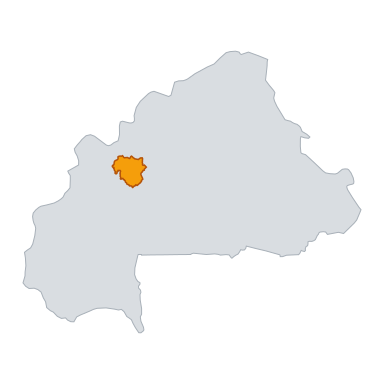 Nayala, Nayala, Burkina Faso shown in context
{"feature_id": "67063806B13297228427715", "entity_name": "Nayala", "entity_type": "district", "adm_level": 2, "iso_a3": "BFA", "parent_name": "Burkina Faso", "parent_adm1": "Nayala", "projection": "natural_earth1", "projection_center": [-3.089, 12.661], "detail": "fine", "context": "in_parent", "style": "filled", "palette": "amber", "viewbox_px": 384, "rotation_deg": 0, "n_neighbors": 0, "source": "geoboundaries", "source_scale": "gbopen_adm2", "svg_char_len": 7454}
<svg xmlns="http://www.w3.org/2000/svg" viewBox="0 0 384 384"><path d="M297.6,254.7L286.6,255.2L282.6,256.6L280.2,256.6L280.1,255.5L279.8,254.8L265.9,250.9L256.2,248.6L246.3,246.1L245.7,248.5L244.3,250.0L242.2,250.1L240.7,249.7L239.7,251.6L238.1,254.0L235.8,255.2L233.6,256.7L232.3,258.0L231.4,258.0L229.1,254.9L226.1,254.6L220.5,255.1L218.0,254.3L214.6,253.9L206.4,254.5L193.4,253.2L191.3,253.9L190.8,254.5L177.9,254.6L163.7,254.8L151.9,254.9L141.5,255.1L141.5,254.5L138.2,254.5L137.8,255.5L134.9,267.9L134.6,274.7L136.1,278.9L137.9,281.5L139.9,282.6L140.0,284.1L138.5,286.1L138.6,288.1L140.5,290.1L140.9,292.3L140.0,294.6L140.2,300.0L141.6,308.6L141.6,314.2L140.3,316.8L140.9,321.2L143.5,327.3L143.9,330.0L143.0,331.2L140.9,332.8L138.8,332.7L136.3,329.0L135.2,327.3L133.1,323.5L131.4,319.7L129.1,318.0L126.8,316.5L124.1,311.7L121.4,309.4L118.5,310.0L114.4,309.1L106.1,307.9L97.1,308.3L93.4,309.4L89.7,311.1L80.4,315.0L76.7,316.9L73.9,321.8L70.8,321.7L67.6,320.1L65.6,317.9L61.4,318.4L57.3,316.3L53.3,312.1L50.4,310.7L46.7,307.6L45.6,301.8L43.3,297.8L41.1,292.1L37.9,289.6L34.2,288.2L29.1,288.5L25.7,286.3L23.0,282.9L23.8,280.1L25.0,276.0L25.1,272.1L25.9,265.8L25.4,257.8L24.5,252.3L27.4,250.0L30.6,247.9L32.7,244.1L34.8,235.7L35.7,228.4L35.1,225.7L34.0,223.5L33.1,220.4L32.6,216.5L33.2,213.1L35.7,210.0L38.8,207.4L41.0,206.2L46.9,204.9L54.2,203.0L58.4,200.8L61.5,198.6L63.2,196.9L64.9,193.3L67.8,190.5L70.0,187.8L70.3,180.0L70.3,175.6L68.7,173.2L67.8,171.1L78.6,165.0L78.7,160.8L77.2,156.0L75.1,152.2L74.3,148.8L77.3,144.9L79.9,142.0L81.9,139.5L86.1,135.7L90.5,134.7L94.5,136.2L106.4,145.1L108.4,145.7L110.9,145.0L114.0,142.6L118.1,140.8L119.5,134.8L119.4,126.0L120.3,122.0L122.5,121.2L129.3,122.9L131.0,123.0L133.0,122.5L134.4,120.9L134.4,118.1L134.1,115.6L136.3,107.4L140.3,101.3L148.5,93.6L151.0,92.1L154.0,91.3L168.7,96.5L171.0,95.2L174.6,82.2L178.6,80.9L183.3,80.7L186.4,79.6L188.0,78.7L195.0,73.7L207.3,67.0L213.9,64.1L215.1,63.0L219.9,58.2L226.1,52.7L230.1,51.6L235.6,51.2L239.1,52.1L240.1,53.7L241.2,54.5L248.4,52.1L258.8,55.9L267.7,59.5L267.2,61.8L267.1,65.9L266.4,72.4L265.5,80.2L269.2,85.2L273.7,90.6L274.9,92.7L273.7,98.0L274.5,101.1L276.9,106.3L280.9,112.9L285.0,119.7L287.9,120.6L290.5,121.2L292.2,122.4L294.6,123.6L297.0,124.3L299.0,125.8L300.4,127.3L302.1,131.5L306.7,134.2L309.9,137.0L308.6,138.3L304.6,137.8L300.9,136.6L300.4,138.6L300.3,146.3L300.9,152.7L301.8,153.5L305.6,154.7L314.6,163.0L322.9,170.9L325.6,172.9L330.1,173.7L335.2,174.0L337.4,173.3L342.3,169.3L344.9,168.9L347.3,169.0L348.6,169.7L351.0,172.9L353.2,177.8L353.9,181.4L353.7,183.3L352.9,184.0L348.9,185.0L347.2,185.7L346.7,186.8L347.4,189.2L348.2,190.7L352.6,197.8L359.0,207.3L361.0,209.7L359.9,212.5L356.7,220.0L354.3,223.0L343.6,233.5L338.4,232.3L327.4,234.4L325.7,232.0L323.2,231.7L320.0,232.1L318.8,233.0L318.5,234.1L317.3,235.5L315.3,239.7L313.8,240.7L311.8,241.4L309.4,241.3L308.0,241.8L308.0,243.9L307.6,245.7L306.0,246.6L305.3,248.6L305.4,250.6L304.5,251.5L302.4,251.0L301.2,250.4L300.0,253.0L298.6,254.7L297.6,254.7Z" fill="#d9dde1" stroke="#a8b0b8" stroke-width="1"/><path d="M137.4,185.3L138.7,184.1L139.6,183.3L140.1,182.8L140.4,182.5L140.5,182.6L140.7,182.3L140.8,182.1L141.0,181.8L141.3,181.6L141.4,181.4L141.5,181.2L141.5,180.9L141.4,180.7L141.5,180.4L141.7,180.2L142.2,179.7L142.8,179.2L142.7,178.9L142.6,178.6L142.5,178.1L142.2,177.5L141.9,176.9L141.5,176.0L141.0,174.8L140.8,174.0L140.8,173.9L140.9,173.6L141.1,173.2L141.3,172.8L141.5,172.6L141.8,172.3L141.9,172.2L142.0,172.1L142.1,171.9L142.3,171.9L142.4,171.6L142.7,171.3L142.8,171.1L142.8,170.8L143.0,170.7L143.1,170.4L143.5,170.4L143.9,170.1L144.1,170.1L144.3,170.1L144.3,169.9L144.3,169.5L144.4,169.1L144.5,169.0L144.5,168.9L144.7,168.7L144.9,168.6L145.1,168.4L145.4,168.1L145.6,167.9L145.9,167.5L146.1,167.4L146.2,167.2L146.3,167.1L145.9,166.7L145.6,166.4L145.3,166.0L144.9,165.6L144.6,165.3L144.4,165.1L144.2,165.0L143.8,165.2L143.7,165.2L143.2,165.3L142.8,165.2L142.7,165.1L142.5,164.8L142.5,164.5L142.5,164.3L142.6,164.0L142.7,163.8L142.7,163.6L142.3,162.7L142.3,162.3L142.3,162.0L142.4,161.4L142.5,161.1L142.4,160.8L142.4,160.5L142.4,160.1L142.5,159.4L142.6,159.1L142.6,158.9L142.5,158.4L142.4,158.1L142.3,157.9L141.9,157.9L141.6,157.9L141.0,157.9L140.7,157.9L140.4,158.0L139.9,158.3L139.6,158.5L139.3,158.7L139.0,159.0L138.3,159.4L138.2,159.5L138.0,159.4L136.6,159.2L135.9,159.0L135.6,159.0L135.4,158.9L135.1,158.9L134.6,158.8L134.3,158.5L134.0,158.1L133.8,158.1L133.5,157.9L133.3,157.8L133.0,157.4L132.7,157.2L132.3,156.7L131.9,156.4L131.6,156.2L131.4,156.1L131.1,156.3L131.0,156.5L130.9,156.6L130.9,156.3L130.7,156.8L130.4,157.4L130.3,157.6L130.1,157.8L129.9,158.2L129.7,158.5L129.1,158.4L128.7,158.1L127.5,157.6L127.4,157.5L127.2,157.5L126.8,157.5L126.4,157.6L126.0,157.6L125.6,157.6L125.1,157.7L124.5,157.8L124.3,157.7L124.2,157.7L123.7,157.3L123.5,157.0L123.2,156.5L122.6,155.8L122.4,155.7L122.3,155.9L122.1,156.0L121.7,156.2L121.4,156.2L121.1,156.1L120.8,156.1L119.8,156.1L119.3,156.2L118.9,156.3L118.7,156.4L118.4,156.5L118.2,156.7L117.9,157.0L118.0,157.6L118.1,157.8L118.1,158.1L118.1,158.4L118.0,158.8L117.9,159.0L117.7,159.3L117.4,159.6L117.1,159.8L116.4,160.1L115.7,160.4L115.2,160.7L114.8,161.0L114.6,161.2L114.4,161.7L114.3,162.0L114.3,162.4L114.1,163.1L114.1,163.8L114.1,164.0L114.0,164.3L113.9,164.4L113.7,164.6L113.5,165.1L113.4,165.3L113.2,165.5L112.7,165.3L112.5,165.5L112.5,165.8L112.4,165.9L112.4,166.0L112.3,166.4L112.4,166.7L112.5,166.9L112.6,167.0L113.0,167.3L113.5,167.5L113.8,167.5L113.9,167.8L114.0,167.9L114.0,168.0L113.7,168.3L113.6,168.5L113.9,168.8L114.2,169.1L114.2,169.3L114.3,169.5L114.4,170.0L114.4,170.4L114.5,170.6L114.8,170.9L115.2,171.4L115.4,171.6L115.5,171.8L115.4,172.0L115.2,172.3L115.1,172.6L115.0,172.9L115.0,173.1L115.3,173.4L115.5,173.6L115.8,173.6L115.9,173.8L116.0,173.8L116.3,173.7L116.5,173.7L116.9,173.2L117.0,173.1L117.0,172.9L117.1,172.4L117.2,172.1L117.2,171.9L117.3,171.7L117.5,171.4L117.5,171.5L117.9,171.4L118.0,171.2L118.0,170.9L118.2,170.7L118.4,170.7L118.8,170.7L119.0,170.6L119.4,170.4L119.5,170.4L119.9,170.4L120.0,170.4L120.2,170.6L120.3,170.7L120.6,171.2L120.6,171.3L120.4,171.6L120.3,172.0L120.2,172.4L120.2,172.5L120.2,172.8L120.1,173.2L120.0,173.4L120.2,173.7L120.2,173.8L120.3,173.9L120.3,174.0L120.2,174.2L120.2,174.6L120.1,174.9L120.2,175.3L120.3,175.7L120.3,175.8L120.3,176.1L120.2,176.3L120.3,176.4L120.3,176.6L120.4,176.8L120.6,177.3L120.8,177.5L120.8,177.8L120.6,178.2L120.4,178.5L120.4,178.8L120.6,179.0L120.9,179.2L121.1,179.2L121.5,178.9L121.8,178.7L122.0,178.6L122.3,178.6L122.8,178.4L123.0,178.5L123.2,179.1L123.2,179.3L123.3,179.4L123.4,179.5L123.6,179.7L124.2,179.7L124.3,179.7L124.4,179.8L124.5,180.1L124.6,180.4L124.8,180.5L125.1,180.7L125.2,180.8L125.3,181.5L125.3,181.8L125.4,182.0L125.5,182.1L125.8,182.4L126.2,182.6L126.6,183.0L126.6,183.3L126.6,183.5L126.8,183.9L127.0,184.1L127.2,184.3L127.3,184.3L127.5,184.4L127.9,184.5L128.0,184.5L128.4,184.6L128.5,184.7L128.9,184.8L129.0,185.0L129.1,185.3L129.1,185.5L129.4,185.7L129.5,185.7L129.6,185.9L129.9,185.9L130.0,185.9L130.3,185.8L130.9,186.0L131.1,186.0L131.3,186.1L131.6,186.0L131.8,186.1L132.0,186.3L132.1,186.7L132.2,187.1L132.3,187.3L132.5,187.5L132.8,187.5L133.1,187.2L133.4,186.7L133.6,186.5L133.9,186.4L134.1,186.1L134.3,185.9L134.7,186.0L135.0,185.9L135.2,185.7L135.3,185.6L135.5,185.2L135.8,184.9L135.9,185.0L136.2,185.2L136.3,185.3L136.7,185.0L136.8,185.0L137.0,185.0L137.4,185.3Z" fill="#f59e0b" stroke="#b45309" stroke-width="1.5"/></svg>